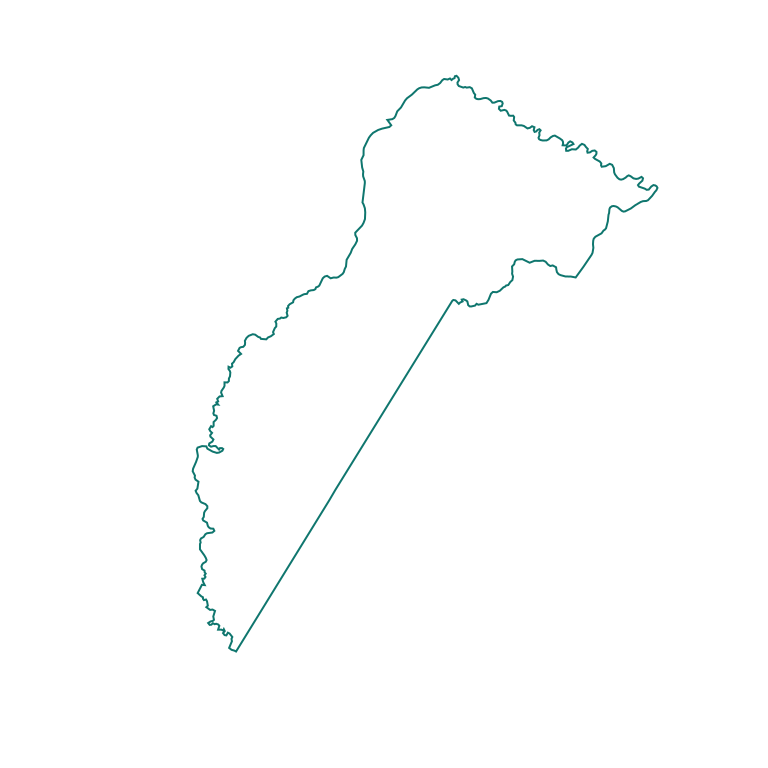 Porto Alegre do Norte, Mato Grosso, Brazil (Mercator projection), rotated 119°
{"feature_id": "56859067B37465571379655", "entity_name": "Porto Alegre do Norte", "entity_type": "district", "adm_level": 2, "iso_a3": "BRA", "parent_name": "Brazil", "parent_adm1": "Mato Grosso", "projection": "mercator", "projection_center": [-51.745, -10.764], "detail": "fine", "context": "isolated", "style": "outline", "palette": "teal", "viewbox_px": 768, "rotation_deg": 119, "n_neighbors": 0, "source": "geoboundaries", "source_scale": "gbopen_adm2", "svg_char_len": 6016}
<svg xmlns="http://www.w3.org/2000/svg" viewBox="0 0 768 768"><g transform="rotate(119 384 384)"><path d="M492.4,519.0L493.5,517.7L493.0,515.1L494.7,513.5L496.7,513.6L499.9,514.6L503.2,512.7L504.8,513.1L504.7,514.8L508.3,514.9L509.5,513.0L510.1,510.7L513.1,511.2L514.2,510.3L515.2,506.3L517.6,506.2L520.7,508.0L522.5,507.4L522.7,504.9L521.0,503.1L519.9,501.1L521.3,496.5L519.6,496.4L518.6,494.6L518.8,493.1L520.7,493.0L523.9,495.0L525.3,496.8L526.2,501.1L526.2,507.1L524.7,509.2L526.5,513.0L530.0,516.2L532.1,516.0L536.7,512.2L538.1,511.5L543.3,510.6L550.7,509.9L553.1,509.0L555.8,504.9L557.6,504.3L559.0,502.5L559.4,498.9L566.0,496.5L568.7,497.0L570.2,495.1L571.3,492.5L575.5,488.3L576.1,486.4L575.6,481.9L576.5,479.3L578.3,478.3L582.1,479.0L583.8,478.9L587.6,477.2L590.0,477.3L591.0,476.0L591.1,471.6L593.5,469.3L594.3,467.8L594.5,465.7L593.3,463.1L594.7,461.2L597.1,462.1L600.3,466.4L602.0,467.4L605.2,467.6L607.9,469.2L609.7,469.1L611.6,467.5L613.1,467.4L617.8,464.8L621.0,458.0L622.6,455.4L624.0,453.8L625.9,453.7L628.6,455.3L630.4,455.5L632.1,455.2L634.1,453.3L634.2,450.5L635.7,449.5L636.3,448.0L638.3,448.3L639.3,446.6L641.3,446.8L642.4,448.5L645.0,446.0L646.8,443.3L647.9,445.9L657.2,445.6L658.3,440.8L658.3,439.0L659.6,438.2L660.3,436.7L658.8,435.2L659.8,433.5L663.3,430.6L665.3,431.2L665.9,426.6L664.4,424.6L664.4,421.8L670.1,420.6L672.7,418.4L674.1,418.8L675.8,420.6L678.3,421.9L679.2,419.7L678.2,418.3L676.2,417.7L676.2,415.7L675.1,414.6L674.7,412.4L675.3,410.8L679.3,410.0L677.7,407.2L677.6,405.1L676.1,405.2L677.3,403.5L679.9,404.0L680.9,401.7L680.3,400.0L677.2,400.0L677.1,398.1L678.8,394.0L680.9,393.8L682.7,392.3L689.9,391.5L690.4,388.5L689.7,385.5L689.7,383.7L512.4,375.5L499.9,375.2L278.2,364.6L276.9,364.1L276.2,362.0L277.6,357.4L275.8,356.9L273.7,355.3L272.5,356.9L271.3,355.5L271.1,352.5L271.4,351.1L274.2,348.6L274.6,346.7L273.9,345.3L271.3,342.4L269.0,341.9L268.9,339.9L263.6,333.6L259.7,333.4L253.2,334.2L250.7,333.4L249.1,329.9L246.3,327.9L241.5,326.4L240.1,325.3L238.7,325.0L237.2,323.3L233.6,323.0L230.9,322.1L227.5,323.2L225.5,325.4L223.4,326.3L219.1,329.0L216.2,328.2L213.6,328.9L212.0,328.8L210.4,327.7L207.7,323.5L207.3,315.4L203.2,312.0L201.0,307.8L198.9,304.7L198.7,301.9L200.0,298.5L200.2,295.8L198.5,293.9L198.5,290.1L200.4,288.7L202.3,287.0L203.3,284.6L203.2,282.4L202.0,277.5L199.4,272.6L197.9,268.0L184.8,266.4L170.4,265.1L168.2,265.2L163.4,266.9L160.4,269.0L157.2,270.5L155.2,271.0L152.7,270.5L146.8,266.8L143.4,266.4L141.8,265.6L140.1,265.3L133.2,267.1L127.1,269.7L125.4,270.0L121.8,271.6L120.1,271.8L118.1,270.9L117.0,269.5L116.3,267.3L116.2,265.4L117.3,259.8L117.1,258.1L116.1,256.8L110.8,253.2L105.8,250.9L100.3,247.7L98.5,246.1L96.8,243.4L95.3,242.2L89.4,240.7L84.7,240.2L82.6,239.7L79.9,239.9L79.0,241.3L78.8,242.9L79.4,244.8L81.8,246.0L85.6,246.7L86.8,248.4L86.7,250.7L87.8,256.7L86.9,258.3L85.0,258.0L80.9,256.6L78.5,257.2L78.0,259.2L81.1,261.2L82.4,262.9L83.2,265.5L82.7,269.1L82.9,271.1L84.2,272.0L86.3,272.7L88.9,274.2L90.3,275.7L90.8,277.4L90.4,279.8L88.6,283.7L87.3,285.3L83.8,287.6L81.7,290.7L82.0,293.3L86.0,295.7L88.4,298.9L87.5,300.2L85.7,300.9L84.8,303.1L84.8,308.6L84.3,310.5L81.3,309.8L79.7,309.8L78.0,310.7L77.6,312.9L79.1,314.9L81.6,316.2L83.0,318.1L82.0,319.1L79.6,319.7L78.8,322.3L77.7,324.6L78.0,327.3L80.6,328.4L83.1,328.8L85.9,329.9L87.6,333.5L90.7,335.9L91.7,337.7L89.9,339.0L88.2,338.9L82.3,334.6L81.4,336.3L81.5,338.8L83.5,339.8L85.7,339.9L87.1,340.4L88.6,343.5L86.7,344.0L85.3,345.0L84.4,346.3L84.0,349.3L83.9,355.0L85.2,356.5L87.5,357.8L90.2,358.6L92.1,359.9L94.1,363.3L94.7,365.4L94.7,367.0L93.8,368.2L91.0,368.6L88.9,370.1L86.2,370.0L85.8,371.6L87.4,372.9L89.3,373.3L90.5,374.5L89.4,376.1L86.5,376.9L86.8,379.5L89.2,380.6L90.9,382.4L90.5,386.8L91.1,389.2L93.3,393.1L93.1,394.7L91.8,395.7L90.6,398.3L87.4,399.6L86.7,401.1L87.9,403.0L88.6,404.8L86.0,408.5L85.6,409.9L85.9,411.6L88.4,414.4L87.6,416.9L85.5,417.7L83.9,415.7L81.1,416.2L80.0,417.4L80.0,419.4L81.3,421.4L84.4,423.9L85.4,425.6L84.3,428.1L83.9,431.5L84.4,433.5L85.7,435.5L88.1,437.9L89.3,439.8L89.8,441.5L89.4,443.5L86.7,444.5L86.0,446.4L82.8,450.5L82.8,452.9L84.7,455.4L84.9,457.0L86.3,458.4L87.1,463.0L86.2,464.9L84.7,465.9L81.8,465.7L80.1,467.4L79.3,470.0L80.5,471.2L82.3,470.6L83.7,471.7L85.4,472.3L84.8,474.4L86.8,475.9L88.1,479.3L90.0,480.3L93.5,480.8L96.2,482.0L98.0,484.1L103.1,488.2L105.0,492.6L106.4,494.9L108.2,496.6L110.2,497.7L117.4,499.9L122.9,502.4L125.8,503.0L133.9,503.2L139.1,504.6L144.0,503.9L146.3,504.0L148.3,505.1L151.4,509.1L154.2,503.1L156.6,503.9L161.6,509.5L164.7,512.3L169.6,515.3L172.9,516.2L175.9,516.6L187.4,516.0L189.4,515.2L193.8,512.8L199.0,512.5L205.2,508.1L208.2,505.1L210.6,504.1L212.5,502.9L215.8,499.2L217.5,498.2L235.7,490.8L236.9,488.9L239.6,485.9L243.0,483.6L249.0,480.6L253.0,480.0L256.1,480.0L265.6,482.5L267.6,481.3L269.6,478.3L271.8,477.0L275.7,476.8L281.3,477.3L285.5,476.7L293.5,476.9L299.7,474.2L302.4,474.1L305.7,473.4L307.8,473.6L312.7,475.8L314.0,477.1L315.3,479.7L317.4,481.9L317.0,486.2L318.8,488.0L321.2,488.8L329.3,488.3L330.8,488.9L332.5,490.3L334.3,490.0L335.9,491.0L337.6,493.4L339.4,495.1L342.5,495.1L344.1,497.3L345.2,498.2L348.4,500.3L350.4,502.4L352.6,503.4L354.7,503.8L356.6,503.1L360.0,505.2L362.3,505.7L363.7,504.7L364.9,505.6L366.8,504.0L368.8,503.7L371.1,501.4L373.1,501.9L375.1,504.1L375.7,506.1L377.2,506.7L378.6,508.5L382.1,509.2L383.3,507.5L386.0,506.1L388.1,506.6L392.4,506.2L393.7,504.6L397.1,506.1L399.5,508.0L402.0,508.6L404.2,513.5L403.4,514.9L403.8,516.8L403.3,520.6L404.1,522.9L407.5,525.7L410.3,526.6L413.7,526.6L415.2,525.5L417.2,524.6L419.7,525.1L421.2,527.0L422.4,527.8L425.8,527.7L427.0,523.6L429.8,525.0L434.3,526.1L437.9,526.1L439.9,526.8L442.2,525.2L444.2,526.2L444.3,528.3L446.3,527.3L447.3,525.2L448.4,524.0L452.0,522.4L454.4,522.3L456.6,521.1L458.5,521.6L459.9,524.3L462.9,522.6L464.7,522.4L468.8,522.8L470.5,522.3L472.9,519.3L474.6,521.8L477.8,522.7L479.7,520.6L481.3,521.7L482.4,519.1L483.1,520.9L486.3,522.6L489.8,519.6L492.4,519.0Z" fill="none" stroke="#0f766e" stroke-width="2"/></g></svg>